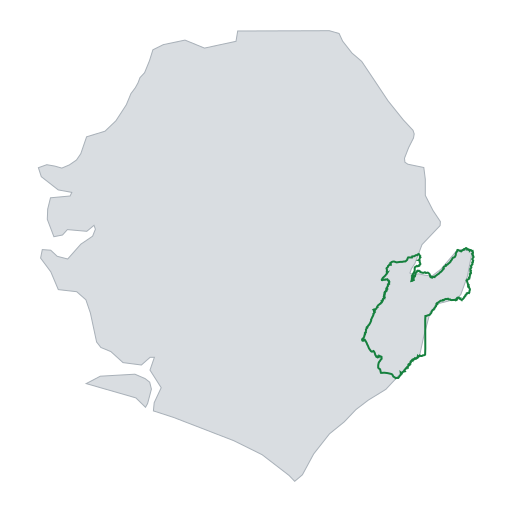 Kailahun, Eastern, Sierra Leone shown in context
{"feature_id": "65957751B248885957650", "entity_name": "Kailahun", "entity_type": "district", "adm_level": 2, "iso_a3": "SLE", "parent_name": "Sierra Leone", "parent_adm1": "Eastern", "projection": "orthographic", "projection_center": [-10.677, 8.06], "detail": "fine", "context": "in_parent", "style": "outline", "palette": "green", "viewbox_px": 512, "rotation_deg": 0, "n_neighbors": 0, "source": "geoboundaries", "source_scale": "gbopen_adm2", "svg_char_len": 7635}
<svg xmlns="http://www.w3.org/2000/svg" viewBox="0 0 512 512"><path d="M471.8,251.1L471.4,255.7L467.3,276.6L460.8,294.5L456.5,298.9L438.1,303.7L430.3,311.6L423.6,337.0L419.3,357.0L412.9,360.4L385.9,389.3L368.2,400.2L355.9,409.6L344.2,421.9L329.5,433.8L313.7,453.9L302.4,474.8L294.7,481.3L289.0,475.4L262.1,454.7L233.8,440.7L173.5,417.4L153.4,410.9L154.2,402.7L161.2,387.7L150.0,370.1L154.4,357.3L150.1,357.3L141.4,365.0L123.0,362.6L110.9,351.6L100.9,347.5L96.6,342.0L90.4,313.0L85.9,299.8L76.7,291.7L58.3,289.6L50.8,271.8L40.6,258.1L42.3,249.6L50.7,250.2L57.2,256.3L67.7,259.0L80.8,244.2L92.6,236.2L95.4,229.2L94.0,225.3L86.8,231.3L67.4,229.6L62.5,235.0L53.9,236.7L47.3,219.3L47.7,209.1L50.5,197.8L70.1,196.0L71.8,192.4L58.2,189.9L41.3,176.7L38.4,167.7L46.8,164.7L54.8,166.1L61.8,168.1L69.4,164.9L76.5,160.0L80.8,153.7L86.6,136.8L105.0,131.2L115.9,120.8L126.3,104.8L131.0,93.5L135.3,87.8L138.0,82.9L140.0,77.6L144.6,72.7L149.5,60.7L152.9,49.8L163.4,44.6L185.0,40.1L204.5,48.1L236.0,41.3L237.7,31.0L266.6,30.9L300.8,30.8L329.3,30.7L339.1,33.5L342.6,41.1L352.0,53.1L361.7,61.4L373.9,79.6L388.0,100.8L403.3,119.9L413.0,130.3L414.2,133.9L413.5,138.0L408.6,147.7L404.5,158.2L404.9,162.2L407.8,164.2L423.8,167.5L425.3,179.2L425.3,195.4L433.0,210.5L440.4,221.6L440.1,225.6L422.0,244.6L414.9,263.5L411.4,268.8L409.9,273.0L413.6,275.0L418.5,273.8L425.5,275.3L432.2,275.9L441.0,269.1L455.8,251.8L460.7,249.6L471.8,251.1ZM147.6,403.5L145.5,407.3L135.9,397.9L86.2,383.6L100.3,376.2L134.9,374.2L145.1,378.6L149.7,382.2L151.4,389.1L147.6,403.5Z" fill="#d9dde1" stroke="#a8b0b8" stroke-width="1"/><path d="M396.5,377.9L398.2,378.0L398.5,377.7L398.5,377.3L399.0,377.0L399.6,376.0L400.7,374.9L400.9,374.1L400.7,372.5L401.8,373.5L402.6,372.1L403.6,371.6L404.9,371.3L404.3,370.4L406.1,368.2L406.7,368.3L407.0,367.4L407.8,367.6L407.8,366.4L409.2,365.2L408.8,364.7L409.6,364.6L409.4,363.9L410.3,363.8L410.2,363.0L410.8,362.4L410.6,361.5L411.9,360.3L412.4,360.6L412.4,359.9L413.0,359.9L413.0,359.4L413.2,359.2L413.8,359.5L414.8,358.3L415.3,358.8L415.6,358.6L416.1,358.6L416.1,358.1L417.3,357.9L417.8,356.1L418.3,356.8L418.8,356.1L419.6,356.0L419.8,355.5L420.9,356.0L421.9,356.0L422.7,355.4L423.9,355.3L425.1,354.7L425.3,348.5L425.2,319.9L425.4,316.0L426.6,315.9L427.2,315.5L429.7,314.8L431.3,312.8L431.7,311.5L432.7,310.0L433.7,309.6L433.9,309.0L434.4,308.7L434.4,308.2L435.3,307.2L435.6,306.2L436.0,306.1L436.2,305.0L437.2,304.2L436.6,303.5L437.1,303.0L438.2,302.5L440.6,300.7L442.8,300.5L442.9,300.0L444.0,300.0L444.3,299.8L444.4,299.5L445.9,298.9L446.9,299.1L448.0,298.7L448.7,299.4L450.1,299.4L450.6,299.9L451.2,300.1L454.7,299.9L455.4,300.2L455.6,299.7L456.0,299.7L456.6,300.0L456.9,299.7L456.3,299.1L456.7,298.8L457.0,298.1L457.2,297.9L457.7,297.9L458.0,297.6L458.5,297.7L458.9,297.6L459.4,298.4L459.9,298.4L459.7,298.7L460.9,299.5L461.4,299.6L461.8,300.0L462.1,299.4L462.6,299.2L463.0,298.9L464.1,297.6L464.2,297.0L464.7,296.7L464.9,296.2L465.4,295.9L465.5,295.1L466.5,294.4L466.5,293.9L466.7,293.3L467.3,293.3L467.9,292.9L469.0,293.1L469.4,292.2L469.4,291.6L469.5,290.8L469.9,289.9L469.9,289.1L469.0,287.5L468.9,286.6L468.1,286.6L468.1,285.6L468.5,285.0L468.0,284.8L467.8,283.4L467.5,282.9L467.0,281.2L466.6,280.4L467.2,280.0L467.3,279.5L467.9,279.5L469.3,278.6L469.0,277.5L469.6,277.3L469.9,275.4L469.8,274.9L470.2,274.6L469.9,274.0L470.2,273.8L470.3,273.2L471.0,273.0L470.9,272.0L470.4,271.5L470.9,270.5L470.2,270.0L470.3,268.6L470.7,268.5L471.4,267.4L470.9,266.0L471.4,265.6L471.7,264.8L472.1,264.7L472.5,264.1L472.3,263.1L472.5,262.8L472.3,262.4L472.9,262.2L473.0,261.3L473.2,260.4L472.5,259.8L472.2,259.1L473.6,257.0L472.9,255.9L473.1,255.4L472.2,254.0L472.8,253.8L473.0,252.6L472.6,250.9L472.0,251.0L470.8,250.0L470.4,250.0L469.9,250.5L469.9,250.1L469.1,250.0L469.1,249.7L468.5,249.6L468.3,249.3L467.2,249.4L467.2,248.9L466.4,248.1L465.9,248.1L465.6,248.7L464.1,249.0L463.8,249.9L462.9,249.9L461.1,251.4L460.7,251.1L459.4,250.7L457.9,249.9L457.4,250.0L456.9,251.7L456.4,252.1L455.8,253.5L455.8,254.9L455.4,255.7L455.1,256.7L453.9,257.5L453.1,257.6L452.5,258.3L451.6,260.0L450.8,260.8L450.6,261.6L450.0,262.1L449.6,262.7L448.2,263.7L447.9,264.2L447.4,264.6L446.6,264.9L446.0,264.9L446.0,265.8L445.0,266.2L443.9,266.9L443.3,267.9L443.8,268.7L442.8,269.4L442.6,270.1L440.9,271.9L439.9,272.4L439.2,273.4L437.1,274.8L436.0,275.7L435.1,276.2L434.6,277.1L433.4,276.8L432.4,277.5L431.9,276.7L431.4,276.6L431.0,277.3L430.4,276.9L430.0,276.0L430.0,275.3L429.6,274.2L429.1,273.6L427.8,272.6L425.9,273.0L425.1,272.3L424.6,272.3L423.8,272.8L422.8,272.8L420.4,272.2L420.3,271.6L418.9,270.7L418.2,271.1L417.5,270.7L417.2,270.9L416.6,272.2L415.5,273.3L415.4,274.4L415.0,276.0L414.6,275.8L414.2,276.0L413.5,279.1L413.8,280.0L413.0,280.3L412.4,280.8L411.4,281.0L411.8,279.5L412.1,279.3L411.8,278.2L412.0,277.6L412.5,276.8L411.9,276.0L412.9,274.5L413.0,273.9L413.6,273.0L414.7,270.9L414.7,267.8L415.3,266.8L416.3,266.4L416.9,265.9L417.7,266.3L419.2,265.8L419.2,265.1L420.2,264.5L420.4,264.0L419.6,261.8L419.7,260.9L419.4,260.2L418.7,260.1L419.4,259.7L419.8,257.8L420.4,257.4L419.9,256.5L420.2,256.0L419.9,255.7L418.8,254.0L417.8,254.4L417.3,255.0L415.6,255.3L414.4,256.2L412.2,256.4L411.9,257.5L408.2,257.4L407.6,258.4L407.2,259.8L405.5,261.4L403.8,261.5L402.0,261.9L400.0,261.9L396.6,262.4L394.0,261.5L392.9,261.6L391.7,262.0L390.3,263.1L390.8,263.9L390.8,264.8L389.3,264.7L389.1,265.2L388.0,266.1L388.0,266.7L387.7,267.2L386.7,268.0L386.5,268.4L387.0,270.0L386.7,271.9L387.0,272.9L387.4,272.7L386.6,274.0L386.0,274.5L385.4,275.5L382.8,277.9L382.3,278.9L381.8,279.5L381.9,280.1L382.3,280.2L382.9,279.8L383.3,279.9L383.6,279.7L384.5,279.8L385.2,279.4L385.7,279.7L387.3,279.2L387.6,279.5L388.0,280.5L388.8,280.6L389.0,280.9L389.0,282.0L389.3,282.1L389.0,283.0L388.7,283.3L388.8,283.8L388.5,284.0L388.9,284.2L387.9,285.2L387.7,286.1L387.8,286.4L387.2,287.0L386.8,288.1L387.0,288.4L386.6,288.5L387.1,289.1L386.4,289.6L386.6,290.1L386.3,290.3L386.6,290.7L386.4,291.1L386.0,291.0L385.4,291.6L385.1,291.7L385.1,292.0L384.8,292.0L384.5,292.6L384.9,293.3L384.9,293.8L384.4,294.0L384.5,294.5L384.3,294.5L384.1,294.8L384.2,295.1L384.1,295.4L384.3,295.5L383.9,296.4L384.5,296.6L384.6,296.9L384.4,297.1L384.6,297.4L384.2,297.7L384.4,297.9L384.4,298.2L384.0,298.1L383.3,299.0L383.0,299.0L382.7,300.0L382.8,300.4L382.2,300.5L382.0,301.0L381.7,301.1L382.1,301.7L381.8,302.4L380.8,303.0L380.7,303.5L380.3,303.8L379.7,304.0L379.2,304.6L378.6,304.9L378.0,305.5L377.2,306.7L377.4,307.1L377.0,307.2L376.3,308.7L375.5,309.2L374.1,309.4L373.6,309.7L374.6,310.4L373.9,310.9L374.0,311.5L374.7,311.8L374.9,312.0L373.4,313.9L373.6,314.1L373.2,315.4L372.8,316.1L372.7,316.6L372.3,317.0L371.6,318.7L371.0,319.8L371.2,320.6L370.1,323.1L369.7,323.6L369.2,324.8L368.6,325.1L367.7,326.5L367.5,327.2L367.0,327.0L366.7,327.3L366.9,327.6L367.0,328.1L366.1,329.2L365.9,329.6L366.1,330.2L365.8,331.5L365.9,332.4L365.5,332.8L365.0,332.8L364.8,333.1L365.1,334.0L365.0,334.6L364.5,335.0L364.2,336.7L363.5,338.0L362.5,338.8L362.1,339.4L362.1,340.0L362.5,340.7L363.0,340.8L364.0,340.5L364.3,339.8L364.7,339.7L365.1,340.2L366.6,342.8L367.3,344.7L367.7,345.2L369.0,348.4L371.0,351.2L372.0,351.7L373.5,351.0L374.1,351.7L374.8,353.1L375.2,354.7L376.3,356.6L376.5,356.4L376.9,356.4L377.4,357.0L377.6,356.6L378.4,357.2L378.6,357.2L378.6,356.6L379.0,355.8L379.4,356.2L379.9,356.1L380.5,356.6L380.9,356.5L381.5,356.8L381.6,358.8L380.7,359.7L380.1,360.8L379.3,361.7L378.7,362.8L378.2,365.1L378.2,367.7L378.9,368.5L380.1,369.3L380.9,372.8L381.7,372.9L384.2,372.7L387.6,373.1L391.0,373.9L391.8,374.2L392.4,374.7L393.3,376.5L394.8,377.4L395.7,378.2L396.5,377.9Z" fill="none" stroke="#15803d" stroke-width="2"/></svg>